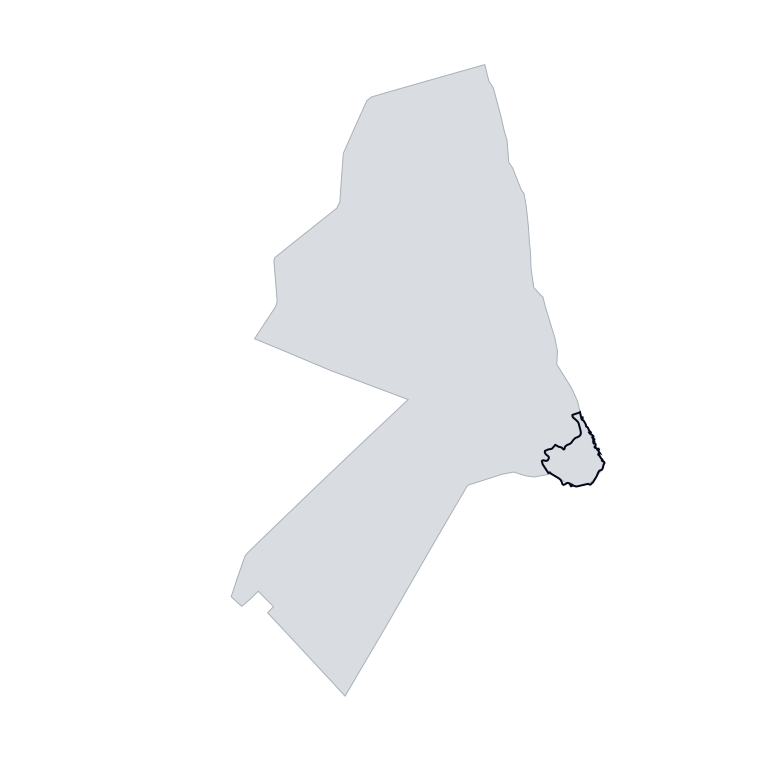 Irbid on a map of Jordan (orthographic projection), rotated 154°
{"feature_id": "JOR-854", "entity_name": "Irbid", "entity_type": "Province", "adm_level": 1, "iso_a3": "JOR", "parent_name": "Jordan", "parent_adm1": "", "projection": "orthographic", "projection_center": [35.72, 32.466], "detail": "fine", "context": "in_parent", "style": "outline", "palette": "ink", "viewbox_px": 768, "rotation_deg": 154, "n_neighbors": 0, "source": "natural_earth", "source_scale": "10m", "svg_char_len": 3276}
<svg xmlns="http://www.w3.org/2000/svg" viewBox="0 0 768 768"><g transform="rotate(154 384 384)"><path d="M244.2,204.7L255.5,207.4L262.1,213.2L272.9,229.8L289.9,234.6L296.7,239.2L306.0,248.0L317.3,251.1L353.2,256.3L381.5,237.5L405.4,221.5L432.4,203.3L450.8,190.8L482.0,169.6L502.4,156.0L529.3,138.2L555.8,120.5L564.0,147.9L572.2,174.7L580.6,202.5L588.9,229.4L580.9,232.3L587.9,252.9L598.2,249.4L609.4,246.6L614.6,259.8L599.6,275.2L584.3,290.3L580.7,292.0L560.5,298.7L519.0,312.1L491.2,321.1L455.5,332.4L425.9,341.8L396.5,350.9L369.2,359.4L385.0,376.2L409.3,401.9L425.6,419.0L444.9,441.0L462.1,460.7L480.5,481.4L468.0,488.9L447.4,501.1L445.3,503.3L443.6,505.5L435.3,526.7L428.8,543.4L426.5,545.5L397.4,552.1L368.0,558.6L349.4,562.7L343.9,567.0L331.9,587.8L319.4,609.2L298.5,626.8L275.2,646.2L269.4,647.5L252.5,644.6L223.6,639.5L195.7,634.5L176.6,631.1L153.4,626.9L156.9,610.6L156.0,601.7L161.7,572.8L164.9,559.1L166.6,549.0L174.7,528.6L173.7,521.9L175.5,498.3L174.7,493.7L178.4,480.9L185.2,462.2L191.8,446.2L194.3,438.9L201.1,423.7L207.1,405.0L204.0,394.7L203.0,392.7L205.5,380.9L205.4,380.9L208.5,361.6L210.1,351.3L213.7,337.5L220.1,325.9L217.2,298.5L217.6,283.7L221.5,266.8L219.4,247.1L221.3,219.1L221.7,216.5L224.0,213.1L225.7,211.3L238.7,205.5L244.2,204.7Z" fill="#d9dde1" stroke="#a8b0b8" stroke-width="1"/><path d="M221.8,227.3L222.0,227.2L222.4,226.5L221.8,225.0L221.5,221.8L220.9,220.6L220.9,219.7L221.6,219.7L221.6,218.9L220.8,218.4L220.3,217.5L220.4,216.5L220.6,216.1L221.4,215.7L222.3,214.9L223.9,212.8L225.8,211.4L228.3,211.7L230.0,210.8L233.5,207.7L239.3,204.0L241.1,203.6L241.8,203.2L242.4,203.1L242.9,203.2L243.4,203.5L244.3,204.8L255.7,207.4L256.7,208.0L258.5,209.8L259.0,210.0L260.4,210.0L260.8,210.2L260.9,211.1L260.8,211.9L260.4,212.4L260.1,212.3L261.0,213.5L261.9,214.4L263.0,214.8L264.6,214.5L267.0,214.7L267.5,216.1L267.2,218.2L267.3,220.6L268.3,222.7L273.0,229.9L273.6,231.3L273.7,231.9L274.0,232.0L275.3,232.0L276.6,242.2L275.9,245.5L275.2,245.8L274.2,245.6L272.3,244.0L271.1,243.6L269.8,243.9L268.3,245.1L267.9,246.1L268.1,247.2L268.6,248.2L269.2,249.4L269.5,251.3L269.4,252.2L268.6,253.3L265.1,253.2L261.8,252.2L260.4,252.6L256.7,254.2L254.5,251.0L252.4,249.3L251.9,248.3L251.4,246.6L250.7,246.3L249.9,246.8L249.2,247.9L247.9,248.6L246.2,248.9L243.1,248.7L241.4,249.1L238.2,250.8L235.7,251.6L233.0,251.4L231.2,251.5L229.7,252.2L228.6,253.5L227.9,255.4L226.3,263.2L226.4,265.1L227.1,267.2L228.5,270.5L228.8,271.6L228.7,272.4L228.2,273.6L220.9,272.7L220.2,272.8L221.6,266.9L220.2,266.9L220.4,266.2L220.7,265.7L221.1,265.4L221.6,265.1L220.7,263.6L220.4,261.2L220.4,258.9L220.9,257.4L219.9,255.5L220.0,251.8L219.4,250.6L219.4,249.7L220.2,249.7L220.2,250.6L220.9,250.6L220.7,249.4L220.4,248.5L219.9,247.7L219.4,247.2L219.2,246.8L218.7,245.4L219.7,245.2L220.2,244.8L220.1,244.3L219.4,243.7L219.4,242.9L220.2,242.9L220.1,242.3L219.9,242.2L219.7,242.3L219.4,242.0L220.9,241.1L220.2,240.3L221.0,239.9L221.6,239.5L221.6,238.6L221.2,238.5L220.9,238.3L220.6,238.1L220.2,237.8L220.4,236.9L220.8,236.1L221.5,235.4L222.4,235.1L222.4,234.4L221.4,233.3L221.2,232.8L220.5,231.7L220.0,231.7L219.5,231.7L219.5,230.9L220.9,230.9L220.6,230.1L220.3,227.5L220.9,228.3L221.4,227.0L221.6,226.5L221.8,227.0L221.8,227.3Z" fill="none" stroke="#020617" stroke-width="2"/></g></svg>